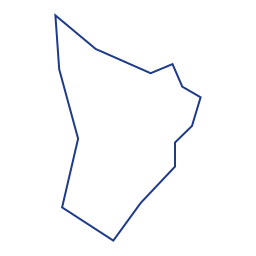 San Lawrenz, Mercator projection
{"feature_id": "MLT-5974", "entity_name": "San Lawrenz", "entity_type": "state/province", "adm_level": 1, "iso_a3": "MLT", "parent_name": "Malta", "parent_adm1": "", "projection": "mercator", "projection_center": [14.198, 36.047], "detail": "fine", "context": "isolated", "style": "outline", "palette": "blue", "viewbox_px": 256, "rotation_deg": 0, "n_neighbors": 0, "source": "natural_earth", "source_scale": "10m", "svg_char_len": 295}
<svg xmlns="http://www.w3.org/2000/svg" viewBox="0 0 256 256"><path d="M113.3,240.6L62.1,207.4L78.1,138.7L59.2,69.3L55.4,15.4L95.7,49.0L150.6,73.2L172.5,64.1L182.3,86.7L200.6,97.3L192.0,125.9L175.0,142.5L175.0,166.6L140.8,202.8L113.3,240.6Z" fill="none" stroke="#1e3a8a" stroke-width="2"/></svg>